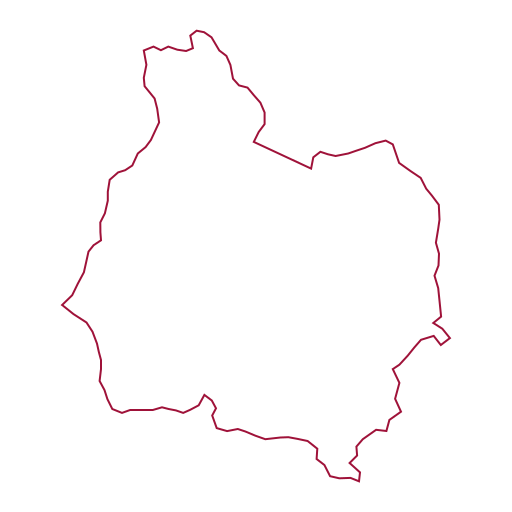 Charqueada, São Paulo, Brazil
{"feature_id": "56859067B6350231232684", "entity_name": "Charqueada", "entity_type": "district", "adm_level": 2, "iso_a3": "BRA", "parent_name": "Brazil", "parent_adm1": "São Paulo", "projection": "robinson", "projection_center": [-47.747, -22.525], "detail": "fine", "context": "isolated", "style": "outline", "palette": "rose", "viewbox_px": 512, "rotation_deg": 0, "n_neighbors": 0, "source": "geoboundaries", "source_scale": "gbopen_adm2", "svg_char_len": 1748}
<svg xmlns="http://www.w3.org/2000/svg" viewBox="0 0 512 512"><path d="M439.7,302.7L438.2,288.1L434.5,275.7L438.5,265.5L439.0,253.7L435.9,242.7L438.2,228.8L439.5,219.7L438.8,204.8L431.9,195.6L426.2,188.7L420.7,177.9L410.6,171.1L399.1,162.9L392.8,144.4L385.7,140.6L375.4,143.2L365.0,147.8L355.7,150.9L348.2,153.5L335.6,156.0L328.0,154.3L320.4,151.8L313.3,157.3L311.1,168.6L253.8,141.9L258.7,132.0L264.6,124.1L264.6,112.5L260.4,102.7L253.9,95.3L247.5,87.6L239.0,85.4L233.0,78.7L230.4,64.9L226.4,55.9L219.3,50.5L211.5,37.3L204.1,32.2L196.6,30.7L190.3,35.6L192.9,48.2L186.1,51.0L177.3,49.7L168.3,46.6L160.9,50.2L153.5,46.6L143.8,50.5L146.4,64.8L143.8,77.8L144.6,86.2L154.6,98.5L157.2,108.7L159.1,122.4L150.9,140.0L145.6,147.1L137.8,153.5L132.3,165.5L125.2,170.2L118.1,172.4L109.7,179.8L107.8,191.7L107.8,200.7L104.9,213.3L100.3,222.4L100.4,232.3L101.0,240.3L93.6,245.2L88.5,251.6L86.2,262.0L83.9,272.3L77.7,283.9L72.2,295.2L62.1,305.0L73.5,314.1L86.5,322.5L92.5,331.7L97.0,343.6L98.8,351.8L101.0,360.0L101.0,369.1L99.6,381.0L104.5,390.1L107.4,399.1L112.3,409.0L122.0,412.9L130.1,410.0L152.8,410.0L162.0,407.3L168.6,409.0L175.9,410.4L183.2,412.9L190.2,409.8L198.7,405.3L204.4,394.9L211.8,400.5L216.0,408.3L212.2,415.5L216.7,428.1L227.1,431.1L237.8,429.0L245.4,431.5L255.4,435.7L265.3,439.2L280.5,437.5L288.4,437.2L297.6,438.9L307.6,441.0L317.3,448.7L316.6,459.0L324.4,465.0L330.1,476.2L339.3,478.3L350.5,477.9L359.0,481.3L360.0,472.4L349.6,463.0L357.1,455.5L356.4,446.6L362.8,439.2L376.1,429.8L386.4,431.0L389.4,419.9L401.0,411.7L395.1,398.8L399.4,382.9L392.8,369.1L399.4,364.7L407.7,355.7L414.3,347.5L421.0,339.8L433.7,335.9L440.8,345.0L449.9,338.1L442.3,328.7L433.3,323.0L441.1,316.6L439.7,302.7Z" fill="none" stroke="#9f1239" stroke-width="2"/></svg>